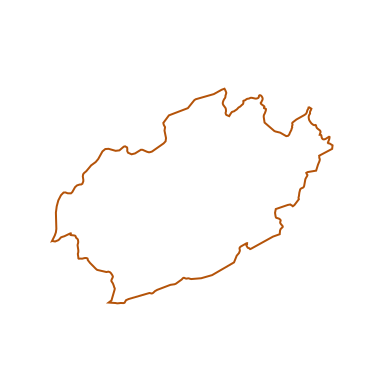 the border of Banskobystrický, rotated 158°
{"feature_id": "SVK-1052", "entity_name": "Banskobystrický", "entity_type": "Region", "adm_level": 1, "iso_a3": "SVK", "parent_name": "Slovakia", "parent_adm1": "", "projection": "equal_earth", "projection_center": [19.313, 48.501], "detail": "fine", "context": "isolated", "style": "outline", "palette": "amber", "viewbox_px": 384, "rotation_deg": 158, "n_neighbors": 0, "source": "natural_earth", "source_scale": "10m", "svg_char_len": 5494}
<svg xmlns="http://www.w3.org/2000/svg" viewBox="0 0 384 384"><g transform="rotate(158 192 192)"><path d="M340.1,199.0L335.5,203.1L333.3,205.6L331.6,208.6L325.9,223.9L322.8,229.4L319.1,234.3L314.7,238.1L311.3,239.6L309.5,239.0L307.8,237.4L304.8,236.1L303.1,236.7L298.6,240.3L296.1,241.2L293.4,241.0L291.9,240.5L290.6,240.7L288.8,242.6L288.2,244.0L287.4,247.4L286.3,249.2L285.0,250.0L282.2,250.9L276.2,254.1L275.8,254.4L270.0,255.9L266.6,257.7L259.8,263.2L256.3,264.3L253.2,263.3L247.4,258.8L243.7,257.8L238.3,259.6L236.9,259.4L235.5,257.6L235.9,256.0L236.7,254.3L236.6,252.4L233.9,249.6L230.4,249.1L223.5,250.3L222.0,249.6L218.7,246.2L217.0,244.9L215.5,244.6L213.9,244.5L200.1,247.7L197.5,248.9L195.9,251.7L194.5,259.2L192.7,262.2L192.7,262.3L192.7,262.5L192.9,263.7L193.0,264.8L192.9,265.8L192.7,266.8L184.7,271.7L164.4,271.3L155.4,276.3L153.8,276.6L135.1,274.6L126.2,275.7L123.2,275.6L123.0,273.8L123.0,271.4L123.3,270.7L125.0,268.6L125.4,267.6L125.9,267.1L126.4,266.6L127.2,266.2L127.8,265.7L128.7,264.9L129.8,263.6L130.4,262.3L130.4,261.0L129.5,257.5L129.5,256.4L129.9,255.0L130.2,254.2L130.5,253.7L131.2,252.8L131.3,252.4L131.4,252.1L131.4,251.5L131.4,251.2L131.3,250.7L131.1,250.4L129.1,248.4L126.6,250.3L125.8,250.8L125.1,251.2L124.3,251.2L123.8,251.2L122.9,251.1L122.5,251.1L122.0,251.3L119.5,251.8L117.4,252.8L116.6,253.0L115.6,253.1L114.4,253.5L113.8,253.8L113.2,254.0L112.1,254.3L111.6,254.6L111.2,255.1L110.7,255.9L110.5,256.5L110.4,256.9L110.4,257.1L110.2,257.2L109.9,257.3L109.0,257.2L108.3,257.2L106.9,257.6L106.1,257.7L105.4,257.6L104.2,257.3L103.7,257.3L102.9,257.4L102.5,257.4L101.9,257.2L101.2,256.9L98.3,254.9L97.6,254.6L96.8,254.4L96.1,254.4L95.4,254.4L94.9,254.6L94.5,255.0L94.2,255.6L93.9,256.0L93.5,256.3L93.1,256.4L92.7,256.3L92.4,256.0L91.9,255.5L91.6,254.7L91.4,253.7L91.4,252.6L91.7,251.7L92.5,250.7L93.5,249.9L94.1,249.3L94.8,249.0L95.0,248.6L95.0,248.0L94.4,246.8L93.2,244.9L92.9,244.2L93.0,243.7L93.6,243.3L93.8,243.0L93.8,242.7L92.4,241.4L92.5,240.8L93.1,239.8L94.8,237.9L96.6,236.3L97.1,235.4L97.4,234.7L98.7,229.2L92.8,217.7L91.9,216.8L88.0,214.0L83.7,208.5L82.0,208.1L81.3,208.4L80.4,208.8L79.0,210.3L76.9,212.1L76.4,212.6L75.9,213.4L75.0,214.2L74.8,214.6L74.8,215.0L74.6,215.5L74.3,215.9L73.6,216.6L73.5,217.1L73.5,217.8L73.3,218.2L72.9,218.7L68.1,220.1L58.7,221.3L56.8,221.9L55.6,223.0L54.6,224.4L54.3,224.7L53.2,225.5L52.8,225.9L52.3,226.7L51.6,226.6L50.1,224.5L50.9,223.6L52.2,222.5L52.5,222.1L52.8,221.6L53.0,221.1L53.1,220.6L53.4,220.3L54.4,219.6L54.9,219.1L55.5,218.3L55.9,217.4L56.2,216.2L56.4,214.9L56.2,213.4L55.6,210.9L54.5,209.0L53.7,208.2L53.0,208.0L52.6,208.0L52.2,207.7L52.1,207.1L52.3,206.0L52.3,204.9L51.9,203.8L50.7,201.8L50.2,200.8L50.3,199.5L50.7,199.0L52.0,197.5L52.2,197.2L51.2,196.8L51.0,196.5L50.9,196.0L51.2,194.8L51.3,193.9L51.3,193.0L51.0,192.1L50.5,191.6L49.3,191.2L48.0,191.2L44.3,191.9L43.9,191.6L44.1,190.9L45.1,189.4L47.3,187.1L47.6,186.7L47.4,186.1L46.3,185.5L44.2,182.6L45.9,179.5L60.5,178.0L60.6,177.5L60.7,177.2L61.2,176.0L61.2,175.7L61.2,175.4L61.2,175.1L61.2,174.7L61.3,174.4L61.6,173.8L62.0,173.2L62.7,172.4L64.9,170.2L68.9,165.3L77.1,167.1L77.9,167.1L78.9,166.9L78.9,166.1L78.6,164.5L78.9,164.1L79.4,163.6L81.5,162.0L82.1,161.4L85.7,155.7L86.4,154.9L87.2,154.5L89.4,154.4L90.1,154.2L90.7,153.9L92.7,151.2L94.5,148.0L95.0,147.4L95.3,146.9L95.5,146.6L95.6,145.3L102.0,141.5L103.9,141.0L104.1,141.3L104.3,141.7L104.4,142.1L104.6,142.4L104.8,142.6L105.1,142.8L105.4,143.4L105.5,143.6L108.0,144.1L120.7,144.8L122.8,141.6L123.1,140.4L123.6,138.2L123.7,137.2L123.6,136.6L123.4,136.4L121.4,134.8L120.6,133.5L120.4,132.6L120.6,132.1L121.1,131.6L121.6,130.9L121.8,130.1L121.6,129.0L120.8,126.6L120.8,126.0L121.1,125.5L123.6,124.5L124.3,123.8L124.8,123.3L126.5,120.0L133.6,120.3L158.3,117.3L159.5,117.3L159.7,117.7L159.9,118.3L160.2,118.6L160.6,118.8L161.0,119.2L161.3,119.9L161.5,121.4L161.6,122.1L161.5,122.6L161.4,122.7L160.9,122.7L160.6,122.8L160.5,123.1L160.1,123.9L160.4,124.0L160.9,124.0L167.0,123.2L167.8,123.0L168.6,122.5L168.9,122.2L169.1,121.8L169.2,121.5L169.4,120.2L169.7,119.5L171.3,117.8L174.4,116.2L179.4,111.0L204.5,107.4L215.8,108.6L225.4,111.6L226.5,112.4L227.3,113.1L227.9,113.4L229.4,113.7L229.9,113.9L230.4,114.3L230.8,114.7L231.5,115.4L232.1,115.6L232.7,115.5L234.4,114.7L241.3,113.0L242.7,113.0L246.8,114.0L261.1,114.3L261.5,114.2L263.3,114.0L265.9,113.0L266.7,112.9L267.4,113.0L269.3,114.3L290.8,116.5L293.7,116.4L296.0,114.6L297.0,114.6L299.7,115.8L302.6,116.6L303.4,117.0L304.5,117.7L310.7,120.7L307.3,121.6L300.3,130.5L299.7,131.6L299.8,132.5L299.8,133.1L299.7,133.6L299.6,135.5L299.6,137.0L300.0,138.8L300.1,139.8L299.5,140.7L298.8,141.4L298.0,142.1L297.5,142.6L297.1,143.1L297.0,143.9L297.1,145.1L297.6,147.3L298.2,148.5L299.4,149.5L301.1,149.8L301.4,149.9L309.1,155.3L309.9,156.7L313.1,164.4L314.1,167.9L314.0,168.3L313.9,168.6L313.8,169.0L313.8,169.5L314.1,169.8L314.6,170.3L316.0,170.9L317.1,171.1L318.7,171.3L319.2,171.5L320.5,172.1L321.8,172.5L322.1,172.7L322.2,173.0L321.8,174.3L321.2,176.8L321.0,177.4L320.7,177.9L320.3,178.3L319.9,179.0L319.6,179.7L319.2,180.7L318.1,185.3L317.7,186.1L316.9,187.1L316.3,188.1L316.0,189.0L315.7,190.2L315.7,191.0L315.9,191.7L316.4,192.6L316.6,193.1L316.6,193.7L316.5,194.2L316.5,194.6L316.8,195.3L317.6,195.9L320.2,197.3L320.6,197.6L320.4,197.9L320.2,198.3L320.0,198.6L319.9,198.9L319.9,199.1L320.6,199.2L326.9,198.8L329.3,199.0L330.5,199.0L333.1,197.7L334.2,197.4L337.5,197.4L340.0,199.0L340.1,199.0Z" fill="none" stroke="#b45309" stroke-width="2"/></g></svg>